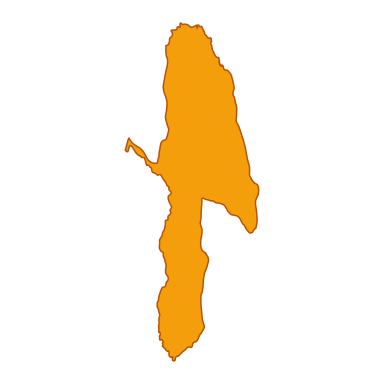 La Pintada, Antioquia, Colombia (Equal Earth projection)
{"feature_id": "7082276B54917779252174", "entity_name": "La Pintada", "entity_type": "district", "adm_level": 2, "iso_a3": "COL", "parent_name": "Colombia", "parent_adm1": "Antioquia", "projection": "equal_earth", "projection_center": [-75.609, 5.74], "detail": "fine", "context": "isolated", "style": "filled", "palette": "amber", "viewbox_px": 384, "rotation_deg": 0, "n_neighbors": 0, "source": "geoboundaries", "source_scale": "gbopen_adm2", "svg_char_len": 5978}
<svg xmlns="http://www.w3.org/2000/svg" viewBox="0 0 384 384"><path d="M165.9,45.7L166.0,46.9L165.8,51.0L166.0,53.4L166.4,56.3L167.2,58.0L167.5,59.6L167.6,62.5L167.2,66.3L166.8,67.3L165.6,73.0L164.0,81.5L163.3,85.7L163.2,87.7L163.8,91.4L166.0,97.8L166.6,100.1L167.1,102.9L166.5,110.8L165.4,116.7L165.7,119.1L167.3,125.1L167.7,126.2L168.5,128.4L168.7,129.5L168.6,130.7L167.4,135.5L166.4,138.5L165.9,139.5L165.4,140.0L163.8,140.2L162.7,140.8L161.8,141.7L160.9,143.2L160.2,146.5L159.9,148.8L159.2,152.1L158.9,156.6L157.9,159.8L157.4,162.9L155.6,163.3L152.8,163.1L150.8,162.2L148.5,160.3L147.1,158.6L145.5,155.3L143.4,151.7L141.8,149.8L139.7,147.9L136.9,146.3L133.8,144.2L131.5,142.1L129.0,138.2L128.1,139.8L125.3,150.3L126.9,151.8L127.9,151.6L128.1,151.1L129.2,147.1L129.6,146.3L130.3,145.6L130.7,145.6L132.0,146.6L133.6,149.0L135.1,151.7L136.3,153.2L138.1,155.0L140.3,156.1L141.4,157.2L141.8,157.5L142.3,157.6L143.7,157.4L144.2,157.6L145.2,160.0L145.8,162.9L146.2,164.0L146.7,165.0L146.9,165.3L147.3,165.4L148.6,165.2L148.9,165.4L149.8,167.0L150.6,167.3L151.2,167.9L151.4,168.3L152.0,171.4L152.3,171.9L152.8,172.4L155.7,173.6L157.6,175.2L158.0,175.2L159.5,174.6L160.1,174.6L160.7,174.9L161.2,175.5L163.1,179.0L165.8,182.5L166.2,183.3L166.8,185.2L167.5,185.9L169.1,187.0L169.2,187.4L168.9,188.0L168.8,188.6L169.1,189.8L169.5,190.5L171.2,192.2L171.2,192.9L170.9,193.6L169.8,195.1L168.5,196.0L168.3,196.5L168.1,197.3L168.4,199.4L169.2,201.9L170.8,205.2L171.5,206.4L171.5,207.3L171.3,207.9L170.0,210.3L170.0,210.7L170.6,211.8L170.8,213.0L170.1,214.5L168.7,215.5L168.3,215.9L168.0,216.6L168.0,218.9L167.9,219.4L167.6,219.9L167.3,220.1L166.1,220.2L165.4,220.8L165.3,221.3L165.4,224.7L165.1,226.1L164.4,229.3L164.0,230.2L162.6,232.6L162.0,235.8L160.0,239.1L159.7,239.8L159.5,240.7L159.7,243.4L159.4,245.7L159.4,248.0L159.7,249.1L160.5,250.6L161.0,251.2L162.6,252.1L163.2,253.1L163.4,253.7L163.3,255.9L163.4,256.6L164.8,259.4L165.0,261.6L165.7,263.0L166.0,264.2L166.1,266.9L165.6,269.2L165.5,271.2L165.6,272.4L165.9,273.5L166.4,274.5L167.2,275.8L167.9,276.6L168.2,277.7L168.3,278.7L168.0,280.1L167.4,281.0L166.9,281.5L166.1,282.8L165.8,285.4L165.2,286.4L164.4,287.0L162.3,287.4L161.5,289.0L160.4,291.8L159.2,295.5L158.7,297.3L158.5,300.2L157.4,302.4L157.2,303.3L157.1,305.2L157.2,306.8L157.5,307.6L158.5,309.4L158.8,311.9L159.6,314.1L159.7,314.9L159.7,315.7L159.2,317.3L159.0,318.8L158.9,320.7L159.1,322.4L159.1,324.2L158.6,325.8L158.6,326.4L158.9,327.9L158.7,331.3L158.8,332.2L159.6,332.4L160.0,332.7L160.3,334.7L160.2,335.0L159.6,335.8L159.5,336.3L159.5,336.8L159.7,337.6L159.6,339.2L159.7,339.8L160.1,340.0L161.6,339.5L162.1,340.2L162.9,340.7L163.1,341.0L163.2,341.8L162.5,342.8L162.5,343.2L162.9,344.2L162.8,344.9L163.0,345.6L162.9,346.0L162.6,346.0L162.6,346.4L164.1,347.8L164.4,348.4L165.3,348.8L166.0,350.2L167.1,351.1L167.5,351.3L168.6,351.2L168.8,351.4L169.0,352.4L169.0,355.0L169.1,355.6L169.4,356.1L169.9,356.7L170.6,357.2L172.6,357.0L172.8,357.3L172.4,358.1L172.3,358.6L172.7,360.4L173.8,360.9L174.3,361.0L174.8,360.6L175.1,360.0L175.5,357.9L175.9,357.0L176.3,356.7L178.2,356.0L178.9,355.6L182.3,352.1L185.1,349.9L187.6,347.3L188.7,347.0L191.3,347.3L191.6,347.1L192.1,346.5L192.4,345.7L192.7,343.7L192.9,343.2L193.9,342.3L196.4,341.5L197.2,340.6L199.9,334.7L201.3,333.3L201.6,332.4L203.7,328.9L204.2,327.5L204.3,326.1L203.6,324.0L202.3,319.4L200.9,303.7L200.9,296.1L201.1,294.5L202.1,292.4L202.9,287.8L203.3,281.0L203.9,276.2L204.4,273.4L206.9,267.0L208.5,261.1L208.4,258.5L207.6,256.4L206.0,254.0L205.5,253.5L205.7,253.1L202.2,250.6L201.0,247.4L200.7,245.5L200.7,240.3L201.6,235.8L202.0,232.7L202.0,229.9L201.8,228.5L200.5,224.7L200.2,222.9L201.1,217.6L201.1,212.3L201.5,206.6L201.8,204.3L201.8,198.6L202.6,198.2L203.2,198.2L206.0,199.5L209.3,200.2L210.8,200.9L212.8,200.9L213.7,201.3L215.8,202.8L218.1,203.0L220.6,203.5L223.7,204.8L225.1,206.3L228.1,211.6L230.1,213.8L231.2,214.6L236.7,215.8L238.1,216.6L238.9,217.2L240.3,219.2L241.2,221.2L242.8,224.0L244.0,224.8L246.4,229.4L249.3,232.7L250.5,233.1L252.1,232.6L252.7,231.9L253.9,230.0L254.7,229.0L255.3,228.3L255.7,228.4L256.3,226.1L256.9,222.7L257.1,219.9L256.9,215.9L256.5,211.5L255.5,204.0L255.5,201.9L255.7,200.1L258.2,194.6L258.7,190.9L258.6,188.6L258.3,187.1L257.8,185.5L257.2,184.6L256.2,183.9L254.8,183.2L253.3,181.8L251.5,179.3L249.9,176.3L249.5,174.8L249.6,169.9L249.5,167.0L248.7,163.7L247.5,159.5L245.3,147.7L243.1,139.4L240.9,132.6L238.7,126.3L236.9,122.9L236.3,121.2L236.1,119.9L236.1,118.9L236.6,114.9L236.6,111.5L236.7,110.2L236.7,108.3L236.3,105.1L235.9,104.3L234.6,98.5L234.3,97.4L233.1,94.9L233.0,94.0L233.0,92.6L233.2,91.3L233.9,89.6L234.1,88.7L234.1,86.9L232.6,80.1L231.5,75.9L230.9,74.5L230.1,73.2L228.7,71.5L227.7,70.6L226.8,70.1L224.9,70.0L224.0,69.2L223.6,68.3L223.2,66.2L222.3,65.2L222.0,65.3L221.5,66.1L221.3,66.2L221.0,65.8L220.5,64.3L220.3,64.2L220.2,64.4L220.2,65.3L219.9,65.1L219.8,64.6L219.5,64.4L219.6,63.4L219.5,63.0L219.0,62.8L218.9,62.6L219.0,61.9L219.4,61.7L219.5,61.4L218.9,58.1L218.5,57.6L217.7,57.5L216.5,57.1L215.7,56.3L214.9,55.1L212.5,49.9L211.9,47.4L211.9,46.0L211.0,44.4L210.7,43.7L210.7,43.0L210.9,42.4L211.5,41.7L211.5,41.4L211.4,40.9L211.1,38.7L210.9,38.2L210.5,37.9L209.5,38.3L208.0,37.8L207.2,37.3L206.8,36.3L206.1,35.3L204.9,34.5L204.7,34.1L204.6,32.3L203.1,29.7L202.4,27.8L201.9,26.8L201.5,26.4L199.8,26.7L198.7,25.2L197.9,25.0L197.6,25.5L197.4,27.0L197.2,27.6L196.7,26.0L196.5,25.5L196.3,25.3L196.0,25.3L195.0,26.1L193.8,26.5L192.6,27.2L191.3,27.3L189.5,26.3L187.8,24.8L187.2,24.5L184.2,24.1L182.6,24.5L181.9,24.1L181.2,23.3L180.8,23.0L180.5,23.1L180.1,23.6L180.0,24.2L180.0,25.4L180.3,26.5L180.3,26.8L179.9,27.2L179.3,27.2L178.6,26.8L177.8,26.8L177.3,27.2L177.0,27.6L177.2,28.5L177.1,28.9L176.4,29.5L174.8,30.2L172.1,30.0L171.3,30.5L171.2,31.3L171.4,31.6L172.3,32.4L172.4,34.6L172.2,35.6L171.6,36.6L169.9,38.0L169.7,38.4L169.5,39.7L169.5,41.2L169.3,42.1L168.8,43.6L168.5,44.2L168.1,44.8L167.6,45.0L165.9,45.7Z" fill="#f59e0b" stroke="#b45309" stroke-width="1.5"/></svg>